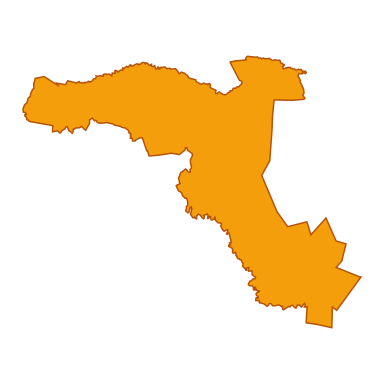 outline of El Tule, Chihuahua, Mexico
{"feature_id": "50627088B96078514401884", "entity_name": "El Tule", "entity_type": "district", "adm_level": 2, "iso_a3": "MEX", "parent_name": "Mexico", "parent_adm1": "Chihuahua", "projection": "orthographic", "projection_center": [-106.33, 27.016], "detail": "fine", "context": "isolated", "style": "filled", "palette": "amber", "viewbox_px": 384, "rotation_deg": 0, "n_neighbors": 0, "source": "geoboundaries", "source_scale": "gbopen_adm2", "svg_char_len": 5848}
<svg xmlns="http://www.w3.org/2000/svg" viewBox="0 0 384 384"><path d="M331.8,327.7L332.4,307.1L336.7,310.3L361.0,277.0L359.1,276.7L336.1,267.4L341.8,261.0L346.0,243.9L336.1,241.0L326.0,218.0L310.9,234.9L306.9,221.8L287.7,226.7L277.0,211.7L261.7,175.5L269.8,160.6L272.0,130.0L272.5,116.5L274.1,99.9L292.5,100.3L303.8,99.3L304.5,98.9L304.9,98.1L302.8,95.5L304.0,93.2L303.5,88.9L300.8,83.0L300.1,82.4L300.0,81.4L300.4,80.4L298.0,76.0L298.8,73.5L302.4,73.8L302.9,73.3L302.5,72.3L303.2,72.1L305.2,73.6L305.8,73.4L306.2,72.3L305.3,71.2L303.9,71.4L302.3,70.9L301.0,69.4L299.9,69.9L298.7,69.2L296.9,70.0L295.5,70.0L294.6,68.9L292.8,69.0L291.6,68.2L290.7,68.2L290.1,67.3L289.1,67.7L288.1,67.3L286.6,68.1L286.1,67.8L283.6,68.8L283.1,68.3L282.7,66.4L284.5,65.3L284.4,64.9L283.0,64.7L282.7,63.6L280.6,62.7L280.1,60.7L279.6,60.2L277.3,60.4L275.1,59.8L272.4,60.5L269.2,58.3L267.7,58.7L264.7,58.7L263.2,58.0L262.0,58.9L260.7,58.0L258.6,58.2L257.4,56.9L255.6,57.2L247.6,56.3L246.9,56.7L245.8,58.1L245.5,59.3L246.0,59.9L235.1,61.0L230.2,61.9L230.5,63.1L239.4,80.2L241.8,81.3L241.9,83.0L240.9,84.7L239.9,85.5L238.9,86.9L238.0,86.6L236.3,87.3L236.0,88.2L233.2,88.3L232.1,90.7L230.1,90.8L229.9,92.1L228.5,92.4L226.8,94.1L224.9,94.8L222.9,94.4L219.5,92.1L218.9,92.1L216.9,93.6L215.8,93.5L215.5,92.2L216.0,90.3L210.2,87.6L210.1,86.4L210.6,85.0L209.4,83.7L208.5,83.7L207.5,84.4L207.3,84.0L204.9,83.7L203.7,83.1L201.9,84.3L200.0,83.8L196.5,81.8L195.9,81.0L195.7,79.8L189.0,78.0L187.8,75.9L184.5,73.2L181.4,72.1L179.7,73.6L179.1,73.6L176.7,69.8L175.4,68.6L171.1,69.3L169.8,68.2L166.8,68.7L165.1,67.1L163.9,67.0L162.1,67.5L161.0,67.2L160.2,67.8L159.8,69.1L159.2,69.2L158.8,67.5L158.1,66.9L157.6,67.3L157.1,68.7L156.2,69.1L155.4,68.7L154.8,65.7L153.9,66.0L153.4,66.6L152.6,66.6L151.6,66.0L151.5,64.3L150.7,64.7L150.6,65.3L150.0,65.3L148.5,64.8L148.1,63.9L146.7,62.9L145.8,62.9L145.2,63.8L144.3,62.6L143.2,62.4L141.7,62.9L140.5,64.2L139.0,64.3L138.5,64.9L137.9,64.0L136.5,63.9L131.7,66.4L131.1,66.0L131.0,65.0L130.3,64.8L127.9,67.2L126.5,66.4L124.2,68.4L122.8,67.9L122.5,68.6L122.9,70.0L122.2,70.3L120.6,70.0L118.0,72.1L116.9,70.7L115.3,70.4L114.7,71.2L115.3,73.0L114.5,73.4L112.3,73.0L111.7,75.9L109.5,74.1L107.3,74.3L104.7,74.0L103.1,74.6L103.4,76.4L102.1,76.3L100.4,75.5L98.0,76.3L96.1,76.0L96.4,77.1L95.2,78.6L93.6,78.9L92.1,81.1L89.9,82.0L88.4,81.3L88.0,82.0L87.2,82.0L85.0,82.9L84.4,82.4L82.9,83.3L81.4,82.5L80.0,82.8L79.1,81.6L76.4,83.0L67.7,80.8L65.5,84.7L56.6,83.1L57.8,85.3L44.1,76.6L35.2,78.3L34.4,81.8L33.6,83.6L34.0,84.6L33.7,85.0L33.9,88.2L32.5,89.6L30.6,93.8L30.2,96.5L28.2,98.1L26.9,103.0L25.6,103.8L24.4,105.3L23.0,109.0L23.3,112.1L25.2,112.6L26.4,114.1L26.2,114.6L24.8,114.7L25.1,116.3L26.7,117.6L26.9,119.8L28.5,120.2L29.1,121.4L52.8,125.6L52.5,131.8L57.7,130.9L59.6,133.0L60.5,132.8L62.4,130.2L64.9,129.0L65.8,127.3L66.9,126.5L67.4,126.8L68.9,130.8L70.1,131.3L72.2,133.3L73.4,130.8L73.5,129.0L74.2,129.2L75.8,128.0L79.8,127.7L81.8,126.4L83.9,128.9L85.7,130.3L89.6,123.3L89.6,119.9L92.4,118.1L94.4,120.8L95.3,120.4L96.3,120.7L97.1,122.0L98.4,123.0L100.8,123.2L106.5,122.6L111.0,123.4L113.9,124.4L114.9,125.3L118.6,125.9L121.1,126.7L121.7,127.3L125.9,128.2L126.1,128.7L128.5,130.4L128.5,131.4L129.2,132.3L129.0,132.9L130.3,133.1L130.3,133.6L130.7,133.8L130.9,134.9L130.5,134.9L130.3,136.2L131.0,137.6L130.4,137.6L130.3,138.1L132.3,138.6L132.6,141.0L135.1,141.0L135.9,140.0L139.7,137.9L142.3,137.7L146.7,150.7L147.4,150.7L149.2,156.0L159.4,155.1L171.4,153.2L179.2,154.6L184.9,150.2L185.5,147.7L186.1,147.6L186.8,148.4L187.2,148.2L187.4,150.2L191.8,153.2L192.6,155.1L190.4,160.0L190.5,163.3L191.5,166.6L190.9,168.5L190.0,169.7L190.4,171.7L189.9,172.3L187.9,171.8L187.4,170.6L185.7,169.0L180.6,172.9L178.5,178.4L179.4,181.1L179.3,182.4L180.1,183.6L176.6,185.3L176.2,185.9L178.6,191.0L180.9,192.1L182.0,193.8L182.3,195.5L185.1,198.3L185.9,198.0L186.5,198.3L187.2,200.1L187.8,202.8L187.7,205.2L186.4,206.5L186.5,208.5L185.7,210.4L185.8,211.0L187.7,212.7L188.4,212.7L189.1,211.7L190.3,207.2L191.2,206.9L191.8,208.7L191.2,211.9L190.6,213.2L190.7,214.6L192.9,217.7L193.9,217.8L194.7,217.1L195.3,218.1L196.6,218.8L196.8,215.9L198.2,214.2L200.3,215.1L202.2,217.8L203.4,218.8L204.1,218.3L204.3,216.8L203.6,215.3L206.4,214.6L207.1,214.0L208.0,215.0L207.6,218.5L208.4,218.4L209.2,216.5L210.6,216.4L210.8,216.9L210.1,217.6L211.3,219.8L212.2,220.0L213.7,219.4L214.5,218.5L214.7,217.3L215.2,217.3L215.0,219.5L217.1,221.9L218.3,222.9L220.0,222.9L221.5,223.7L221.4,224.9L220.8,225.5L220.9,226.3L222.6,229.7L223.5,230.7L224.1,231.2L227.1,229.6L227.7,229.8L227.9,230.4L226.5,234.0L227.1,234.3L228.3,233.1L229.0,233.1L231.3,242.0L231.0,242.5L229.4,242.9L230.6,244.9L228.7,245.2L228.6,246.3L232.0,248.2L232.7,249.4L232.6,252.2L232.9,252.9L233.8,253.2L234.9,252.2L235.5,252.4L236.2,254.4L235.9,255.6L236.7,256.1L237.6,258.4L239.1,258.8L239.9,259.8L241.0,259.6L242.0,262.1L242.9,263.0L242.8,266.5L245.0,268.5L245.9,270.2L246.8,270.0L246.3,268.2L248.7,267.4L248.9,267.7L248.3,270.0L248.8,271.3L251.7,270.7L252.0,271.1L252.2,274.9L255.6,277.2L255.1,278.8L253.1,278.8L251.4,280.6L250.1,281.1L248.9,282.8L248.3,284.5L249.1,285.4L252.5,286.1L253.6,287.9L253.3,289.0L253.8,290.0L254.7,289.9L254.7,287.5L255.1,287.1L255.9,288.4L256.1,290.1L257.5,290.8L259.4,290.9L259.2,291.6L257.0,292.7L256.0,294.0L256.4,295.2L257.9,296.4L258.5,297.6L257.9,298.2L256.5,297.6L256.0,298.0L255.7,300.5L259.4,300.7L259.3,302.4L259.7,303.0L261.7,303.1L264.3,304.1L266.7,306.2L267.9,305.9L269.5,303.6L270.2,303.4L270.9,303.6L272.7,305.8L275.3,305.7L278.9,304.9L281.4,306.6L282.6,306.1L282.8,309.3L283.6,309.8L288.7,306.4L290.0,307.0L290.4,306.2L292.1,305.2L293.0,305.6L294.5,307.4L296.0,308.1L297.4,305.1L300.0,305.2L300.4,306.3L301.3,307.0L302.6,306.0L303.4,304.2L304.6,303.4L305.2,305.4L304.5,307.1L307.1,306.7L306.1,322.8L318.1,324.6L331.8,327.7Z" fill="#f59e0b" stroke="#b45309" stroke-width="1.5"/></svg>